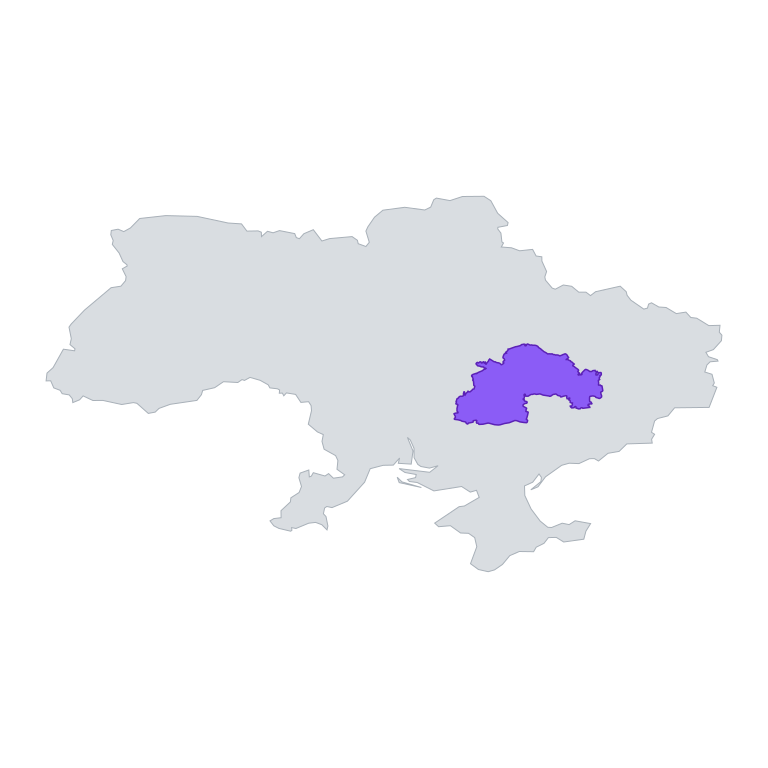 Dnipropetrovs'k on a map of Ukraine (Robinson projection)
{"feature_id": "UKR-326", "entity_name": "Dnipropetrovs'k", "entity_type": "Region", "adm_level": 1, "iso_a3": "UKR", "parent_name": "Ukraine", "parent_adm1": "", "projection": "robinson", "projection_center": [35.02, 48.328], "detail": "fine", "context": "in_parent", "style": "filled", "palette": "violet", "viewbox_px": 768, "rotation_deg": 0, "n_neighbors": 0, "source": "natural_earth", "source_scale": "10m", "svg_char_len": 9714}
<svg xmlns="http://www.w3.org/2000/svg" viewBox="0 0 768 768"><path d="M531.1,509.0L540.2,521.1L547.8,527.3L551.6,527.5L562.2,523.2L569.1,524.6L575.1,520.8L590.6,523.6L585.9,531.2L583.8,539.2L563.7,542.0L556.3,537.4L548.4,537.6L544.0,543.3L536.2,547.2L533.6,551.7L519.3,551.5L509.8,555.6L502.5,564.4L494.5,569.9L488.2,571.7L478.4,569.5L470.5,563.7L476.8,546.7L474.7,537.6L468.5,533.3L460.6,533.0L450.4,525.7L438.6,526.7L434.7,523.1L459.1,506.7L464.4,506.0L479.2,497.4L476.5,490.3L470.3,492.1L461.6,486.5L433.9,490.9L417.2,482.5L409.4,481.5L407.5,479.5L415.6,477.6L416.2,474.5L405.0,472.5L399.1,468.6L429.7,472.3L438.1,465.7L429.5,468.1L420.9,466.5L417.8,464.4L414.1,457.7L414.0,448.3L410.3,440.0L407.4,437.4L413.0,451.0L411.2,464.1L398.3,463.3L399.6,458.0L393.3,465.1L383.2,465.3L370.2,468.7L364.6,482.2L347.4,501.2L332.0,507.6L326.8,506.5L324.6,508.0L323.4,513.8L326.0,516.6L327.9,526.0L327.0,529.9L321.8,524.7L315.6,522.4L308.7,523.2L295.9,528.5L291.6,527.6L291.9,530.3L290.7,531.2L278.9,528.4L273.8,525.8L270.0,520.9L273.8,518.6L281.1,517.7L281.0,510.7L290.4,501.9L290.9,497.8L299.1,492.5L301.5,486.5L298.9,477.7L300.1,473.1L308.8,470.0L309.3,476.9L311.3,476.2L313.3,472.7L325.0,476.0L328.6,473.6L333.4,478.2L342.5,476.9L344.7,474.8L337.0,469.3L337.9,460.5L335.6,455.6L324.1,449.2L322.0,441.4L323.3,434.6L317.4,431.9L308.3,424.2L311.5,410.7L311.1,405.6L308.6,401.7L300.9,402.4L295.6,394.4L286.4,392.9L283.8,395.8L282.4,393.1L279.3,393.2L279.6,390.0L277.5,388.8L269.9,387.9L268.2,384.8L260.1,380.3L250.0,377.4L244.5,380.4L242.0,379.6L237.8,382.5L223.5,381.7L214.6,387.7L202.7,390.4L201.4,394.7L196.9,400.4L170.3,404.3L159.0,408.4L155.2,412.1L148.3,413.4L136.9,403.3L133.4,402.6L121.7,404.5L102.8,400.4L92.9,400.5L83.1,395.9L79.6,399.8L72.8,402.6L72.3,398.7L69.2,394.9L62.2,393.7L60.1,390.3L53.8,387.9L50.7,380.8L46.1,380.9L47.0,373.1L53.1,367.6L63.4,349.2L74.6,350.8L75.0,348.8L70.0,344.6L71.3,338.7L69.0,327.1L71.3,323.9L84.5,310.1L111.1,287.7L120.9,286.2L125.6,280.6L126.1,276.6L122.3,268.8L127.2,266.0L126.9,264.7L123.0,261.6L119.1,253.0L112.3,244.4L113.2,240.5L110.8,234.8L111.3,230.5L118.1,229.2L123.8,231.6L130.5,227.9L139.7,218.5L165.8,215.6L197.2,216.4L228.0,223.0L241.5,223.9L246.9,231.1L258.1,230.9L261.3,232.2L261.5,236.6L267.5,231.3L273.1,232.8L279.5,230.6L294.7,233.6L296.3,237.6L299.4,238.7L303.9,233.7L313.3,229.7L321.9,241.0L329.6,238.6L352.1,236.6L357.4,240.3L358.2,243.7L365.9,246.5L369.3,242.3L365.9,231.1L367.9,226.8L374.5,217.2L382.9,210.2L404.7,207.3L424.8,210.0L430.7,207.1L433.8,199.7L436.4,198.1L450.0,200.6L462.5,196.5L484.0,196.3L490.8,200.7L497.7,213.3L508.1,222.6L507.4,225.5L497.9,227.3L497.7,228.9L500.9,233.1L501.9,241.9L503.5,243.0L501.3,247.0L511.5,247.8L519.6,250.8L532.6,249.4L536.1,256.0L541.8,256.8L541.9,261.1L546.6,271.5L544.8,276.9L545.5,280.2L552.2,288.1L555.3,289.2L563.3,285.0L571.7,286.3L578.8,292.2L586.0,292.2L590.5,295.6L595.6,291.7L620.2,286.2L626.2,291.7L627.1,295.3L630.9,300.2L643.8,309.1L647.5,308.1L648.6,304.1L651.5,302.8L658.8,307.0L666.1,307.5L676.3,313.6L685.9,312.1L690.8,317.5L696.7,318.2L708.8,325.6L720.0,325.3L719.3,332.2L721.9,335.2L721.4,340.7L713.4,349.6L705.9,352.3L708.5,356.7L717.4,359.7L718.0,361.1L710.1,361.8L706.9,365.0L704.8,372.0L712.0,374.3L714.3,383.0L712.7,385.7L716.9,387.3L709.1,407.4L674.6,407.8L667.9,415.9L657.6,418.5L654.6,421.0L651.5,432.3L654.6,434.3L651.6,439.2L652.2,443.1L626.8,443.9L619.1,451.4L608.0,453.3L598.5,461.0L594.4,458.6L589.5,458.7L578.9,463.6L569.2,463.2L561.7,465.3L545.5,476.8L538.0,486.8L530.8,489.8L540.9,481.6L541.4,477.3L539.0,474.0L532.7,482.2L524.5,485.9L524.8,495.5L531.1,509.0ZM421.4,487.5L399.2,482.6L397.2,477.2L402.0,481.9L421.4,487.5Z" fill="#d9dde1" stroke="#a8b0b8" stroke-width="1"/><path d="M529.6,344.9L530.9,345.1L531.8,344.9L532.7,345.3L534.1,345.2L535.8,345.4L536.6,345.7L537.7,346.3L538.2,346.8L538.4,347.4L540.9,349.0L541.4,349.7L542.4,350.3L543.8,351.6L546.0,352.7L547.6,353.9L549.3,353.8L551.2,354.0L552.0,353.8L553.5,354.6L554.6,354.6L555.7,355.1L556.9,354.9L558.5,355.2L559.6,355.8L560.0,355.8L561.5,355.3L562.9,354.6L564.7,354.0L565.1,353.8L566.0,354.1L567.3,355.3L567.5,355.7L567.5,356.2L568.6,357.4L567.9,358.4L566.8,359.0L566.4,359.3L566.3,359.5L568.0,359.6L569.2,360.4L570.5,360.8L570.7,361.5L572.3,362.3L572.7,362.9L573.9,363.7L574.2,364.1L573.8,364.5L572.9,365.1L572.8,365.4L572.8,365.8L574.4,366.7L575.3,367.5L578.0,369.4L578.5,370.0L578.6,370.3L577.9,371.4L577.9,371.7L579.4,373.1L578.1,374.4L578.1,374.7L578.5,375.0L578.9,375.1L579.9,374.4L580.7,374.9L581.0,374.9L581.9,374.4L582.0,374.0L581.5,373.6L582.2,372.5L584.9,369.8L585.7,369.4L586.6,369.6L588.3,370.4L588.9,370.8L589.5,371.4L589.7,371.5L591.5,371.5L591.9,371.3L592.9,370.6L595.1,370.4L595.3,371.2L595.6,371.5L597.1,371.4L597.4,371.4L597.5,371.6L597.5,371.9L596.9,372.3L596.5,373.0L596.0,373.3L595.9,374.5L596.1,375.0L597.4,374.9L597.7,374.7L598.3,373.1L598.6,372.7L600.5,372.5L601.0,372.6L601.2,373.0L601.3,373.5L601.3,374.8L601.0,375.1L600.0,375.6L599.9,375.7L600.1,376.7L599.3,377.5L599.3,378.9L599.7,379.5L599.4,379.8L598.5,380.2L598.3,380.5L598.7,383.1L598.5,384.4L598.5,384.9L598.9,385.2L600.2,385.0L600.5,385.2L600.6,385.6L601.8,385.8L602.0,386.1L602.3,387.6L602.8,390.5L602.6,391.0L602.0,391.5L600.9,392.0L600.7,392.4L601.0,394.1L601.6,395.6L601.6,396.9L601.0,397.5L600.1,398.2L599.2,398.5L597.7,397.9L596.1,397.5L595.8,397.3L595.6,396.8L595.2,396.5L593.0,395.9L590.2,396.3L589.8,396.6L589.6,397.3L589.5,400.1L589.7,400.9L589.7,401.4L590.1,401.8L591.1,402.1L591.9,403.7L591.7,403.9L590.0,403.9L589.1,404.3L588.4,404.3L588.2,404.6L588.0,405.0L588.1,405.6L588.3,405.7L589.1,406.0L589.5,406.3L589.8,407.4L582.8,408.3L582.2,407.8L581.6,407.7L580.7,408.1L580.3,408.7L580.0,408.8L578.8,408.9L578.1,408.8L577.5,408.4L576.1,408.1L575.9,406.8L575.7,406.6L575.3,406.5L574.8,406.7L574.0,407.7L573.8,407.7L572.0,407.9L571.7,407.9L571.5,407.6L571.0,407.4L570.8,407.0L570.3,406.5L570.3,406.0L570.7,406.0L571.3,406.4L571.7,406.1L572.4,404.4L572.3,403.7L572.4,403.0L571.3,403.0L570.7,402.5L570.2,402.4L570.2,401.5L570.0,400.4L569.7,400.2L568.8,399.9L568.8,399.5L569.7,398.5L569.6,398.0L569.2,398.0L567.8,398.8L567.2,398.8L567.0,398.7L566.9,398.0L566.7,397.4L566.8,396.2L566.7,395.9L566.4,395.8L565.8,395.7L563.5,396.2L561.5,396.9L560.7,396.9L560.2,396.1L559.9,395.9L557.9,395.5L557.5,395.3L556.5,394.3L555.7,394.0L553.0,394.5L550.8,396.1L549.7,396.3L549.0,396.0L543.1,395.1L540.6,394.1L539.8,393.9L536.4,394.4L534.7,393.9L533.3,394.1L532.7,394.4L531.3,394.4L530.9,394.5L528.1,396.2L525.9,396.2L525.6,396.1L525.5,395.8L525.3,394.4L524.6,394.2L524.2,394.5L524.1,394.9L524.1,395.4L524.5,396.4L524.3,397.0L524.2,398.1L524.0,398.4L523.3,398.8L523.2,399.3L523.4,399.6L524.3,399.8L524.4,400.6L524.8,401.1L526.8,401.6L527.0,401.9L527.1,402.6L526.7,403.2L524.7,403.6L523.4,404.5L523.1,405.0L523.0,405.9L523.4,406.4L526.5,408.1L526.6,408.6L526.0,409.8L526.1,410.5L525.9,411.4L526.2,411.6L527.8,411.9L528.1,412.1L528.2,412.3L527.7,414.6L527.5,415.4L526.9,417.6L526.3,419.2L526.5,419.4L527.4,420.1L527.6,420.4L527.6,420.8L527.3,421.8L527.1,422.3L526.7,422.6L526.4,422.7L523.9,422.5L520.0,421.9L516.8,420.7L514.9,420.5L509.3,422.7L504.5,423.5L500.1,424.8L498.3,425.0L494.6,424.7L488.7,423.1L487.8,423.1L483.0,424.2L479.3,424.4L478.9,424.3L478.5,423.6L478.2,423.2L477.1,423.2L476.7,423.1L476.3,422.0L476.9,420.9L476.4,420.3L475.9,420.2L473.3,420.7L473.2,421.0L473.2,421.8L472.9,422.2L468.4,423.1L468.2,423.3L468.0,423.8L467.4,424.0L466.8,423.7L466.2,423.2L465.7,422.1L465.3,421.9L461.9,421.2L460.8,420.5L458.0,419.8L454.8,419.4L454.4,419.2L454.3,418.9L454.4,418.5L455.3,417.5L455.4,417.0L455.2,416.1L454.1,414.1L454.0,413.8L454.7,413.4L456.2,413.0L457.8,412.9L458.0,412.5L457.8,411.9L457.1,411.2L457.0,410.7L457.0,408.1L457.4,407.0L457.4,405.9L457.9,405.0L457.4,404.3L456.9,404.1L456.2,404.1L456.0,403.9L455.9,403.6L456.5,401.9L456.1,401.6L457.0,398.8L458.1,398.2L459.0,397.0L459.9,396.4L460.5,396.2L461.9,396.3L462.8,396.1L463.2,395.8L463.5,394.8L463.4,393.8L463.9,392.0L464.0,391.8L464.3,391.8L464.5,392.0L464.7,393.3L464.4,394.0L464.4,394.3L464.6,395.0L465.0,395.2L466.0,393.4L467.5,392.0L468.0,391.2L468.3,391.3L468.9,391.9L470.1,391.8L472.1,390.1L472.6,389.3L474.1,388.9L474.8,386.3L474.7,386.0L473.9,385.5L473.8,385.3L473.6,382.4L473.4,380.9L472.9,380.5L472.7,380.0L472.8,379.7L473.2,379.4L473.2,379.0L472.5,377.4L472.4,377.1L472.4,376.5L471.8,376.4L471.7,376.2L471.6,375.7L471.8,375.2L473.0,374.4L476.3,373.3L476.4,373.6L476.9,373.5L478.1,372.5L482.2,370.8L483.9,369.5L485.2,369.1L485.7,368.8L486.0,368.4L485.7,368.2L484.0,367.8L483.8,367.2L483.5,367.0L481.1,366.8L479.9,366.2L477.6,365.8L477.4,365.6L477.0,364.9L476.4,364.5L476.1,363.9L476.1,363.5L476.7,362.8L477.3,362.4L478.0,362.9L478.4,362.9L480.1,361.8L481.0,362.0L481.3,362.8L481.8,363.0L482.3,362.8L483.1,361.9L483.7,361.8L484.2,362.1L484.1,362.9L484.3,363.1L484.5,363.1L485.0,362.5L485.3,362.3L485.4,363.2L485.6,363.5L485.6,363.9L485.9,364.1L486.2,364.1L486.4,363.8L487.1,362.4L487.4,362.3L488.4,361.2L488.7,360.2L489.7,359.0L494.2,361.8L495.3,361.8L496.2,362.4L496.8,362.6L498.8,362.9L499.9,363.4L501.1,364.6L501.6,364.7L502.7,364.1L503.7,363.2L503.8,362.9L503.1,362.4L503.1,361.7L503.9,360.8L504.3,360.6L504.6,360.3L504.5,359.4L504.3,359.0L503.0,357.8L503.0,357.3L503.2,356.3L504.0,354.4L504.3,354.0L505.0,353.6L506.1,353.3L506.6,353.1L506.5,352.8L505.7,352.6L505.6,352.4L507.4,350.9L507.9,350.3L508.0,349.9L508.0,349.3L508.1,349.0L508.5,349.0L508.9,349.1L515.6,346.7L517.0,346.5L520.0,345.7L520.6,345.5L521.4,344.7L522.2,344.4L523.1,344.4L523.9,344.1L525.2,344.4L525.4,344.7L525.4,344.8L524.9,345.4L524.9,345.6L525.3,345.8L525.7,345.8L526.2,345.6L526.7,344.5L527.0,344.2L527.5,344.0L528.5,344.3L529.6,344.9Z" fill="#8b5cf6" stroke="#5b21b6" stroke-width="1.5"/></svg>